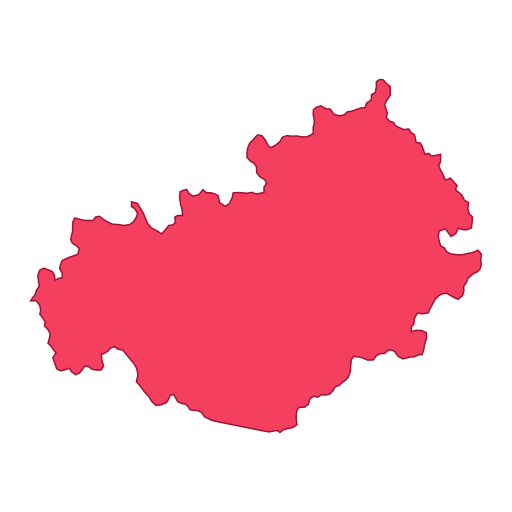 outline of Castelo, Espírito Santo, Brazil
{"feature_id": "56859067B40760004973523", "entity_name": "Castelo", "entity_type": "district", "adm_level": 2, "iso_a3": "BRA", "parent_name": "Brazil", "parent_adm1": "Espírito Santo", "projection": "robinson", "projection_center": [-41.208, -20.538], "detail": "fine", "context": "isolated", "style": "filled", "palette": "rose", "viewbox_px": 512, "rotation_deg": 0, "n_neighbors": 0, "source": "geoboundaries", "source_scale": "gbopen_adm2", "svg_char_len": 4352}
<svg xmlns="http://www.w3.org/2000/svg" viewBox="0 0 512 512"><path d="M75.6,374.7L79.5,373.1L82.0,370.0L84.7,366.1L88.3,366.5L92.3,369.4L97.7,370.2L101.3,369.9L103.6,365.9L101.8,359.9L101.3,354.6L105.0,352.9L108.0,351.0L110.7,348.0L114.6,346.7L118.0,349.2L122.7,350.1L126.9,355.0L130.9,360.1L134.1,363.6L136.7,368.5L138.0,374.9L136.4,381.5L139.4,385.2L141.8,388.1L144.2,391.6L148.4,396.1L152.4,402.2L156.2,405.5L161.1,404.8L166.4,402.7L168.5,399.3L169.9,395.7L173.4,394.3L175.7,398.0L177.7,401.7L181.8,403.5L185.2,404.1L188.0,406.4L190.0,409.7L193.6,410.3L197.2,410.5L201.4,412.2L204.6,416.9L208.2,418.5L211.4,420.2L215.0,421.2L262.2,430.7L268.8,431.9L272.4,431.3L276.8,430.4L280.0,432.4L283.3,429.8L287.1,428.7L292.9,427.5L296.9,424.7L296.2,419.1L296.2,414.4L297.3,409.5L299.8,407.2L304.6,407.2L308.5,404.1L309.8,399.0L313.3,396.3L317.9,397.2L321.2,394.7L324.6,395.1L329.6,394.2L333.1,390.6L335.2,386.7L339.0,385.6L342.2,382.4L345.2,380.5L348.4,377.1L350.4,371.0L350.8,364.2L351.3,359.7L353.6,356.5L358.1,356.9L362.3,357.8L367.7,360.1L373.3,359.9L376.6,355.4L380.6,353.6L384.6,353.5L388.1,350.3L391.6,349.8L394.8,351.7L398.3,356.4L403.0,358.9L406.3,358.1L410.1,357.0L414.4,356.8L418.7,354.8L422.1,354.6L423.6,350.3L424.7,344.1L426.7,337.5L426.1,332.5L421.5,330.5L416.0,330.3L411.4,331.6L411.3,327.1L413.8,324.1L414.5,318.3L417.4,313.0L422.1,313.8L428.4,312.8L429.9,308.9L432.0,305.2L435.1,299.3L438.8,295.6L442.0,293.9L446.7,293.3L450.6,295.5L454.5,297.8L458.1,299.3L462.5,295.7L463.9,291.0L463.6,286.5L466.3,282.6L467.9,278.4L470.9,275.8L474.1,273.1L477.3,271.9L480.0,269.1L481.3,264.9L480.7,259.5L481.3,254.0L477.9,250.2L472.5,252.6L467.2,253.6L463.2,254.5L459.3,254.9L454.5,254.4L450.2,253.8L446.7,251.8L444.3,247.8L440.8,246.0L439.3,241.7L438.3,236.4L439.2,231.0L445.4,228.8L448.3,232.8L451.1,236.5L455.8,233.6L458.4,228.1L462.9,229.7L467.1,229.8L471.3,227.9L472.2,221.9L472.3,216.8L469.3,213.9L467.8,208.6L468.6,202.6L464.4,200.3L461.9,195.0L458.2,191.9L455.4,189.7L457.1,185.7L454.0,182.2L450.4,178.0L445.6,180.2L442.6,173.9L440.5,169.9L438.7,166.2L440.6,161.1L440.6,154.3L435.8,155.3L431.5,156.1L428.9,153.4L424.9,154.3L423.7,150.8L422.4,146.9L420.3,143.0L416.2,142.5L415.3,138.2L414.3,134.5L411.0,132.5L408.7,129.0L403.9,129.6L398.6,127.3L395.5,125.7L393.6,122.4L390.0,121.4L386.3,117.7L387.3,113.1L386.2,109.5L384.5,104.5L386.6,100.8L390.3,95.0L390.2,86.6L386.1,83.2L383.2,79.8L379.5,79.6L376.3,81.7L376.4,86.9L375.2,92.8L371.5,94.5L371.2,100.2L366.6,103.0L365.0,107.6L361.1,107.9L356.4,109.5L351.4,111.3L347.6,111.7L344.2,114.8L339.2,115.9L333.7,114.0L330.2,109.1L325.9,108.8L321.0,105.8L315.9,107.5L313.4,109.9L313.2,114.3L314.2,119.7L314.2,123.8L313.2,127.3L313.2,133.6L306.8,136.9L302.3,136.9L296.9,136.0L292.0,136.2L286.8,135.6L282.3,137.3L279.9,141.7L274.8,145.7L270.4,147.7L267.7,144.8L265.4,140.1L262.0,135.8L257.5,134.9L253.8,138.9L249.7,143.2L247.6,148.2L247.0,152.8L247.0,157.5L250.8,161.5L254.2,163.3L256.5,167.1L256.7,172.8L260.2,177.1L264.9,179.6L266.5,183.6L264.0,187.0L264.0,192.3L259.5,193.5L255.4,193.7L251.7,192.3L247.2,193.3L243.5,192.9L238.1,192.5L233.1,192.9L232.2,197.8L229.2,203.7L225.2,206.3L219.7,202.6L218.0,195.4L212.0,192.9L206.5,192.7L202.9,189.7L198.9,194.6L193.2,196.1L188.9,193.5L186.7,189.5L183.4,190.3L180.1,191.7L179.5,197.1L180.6,204.2L182.0,209.4L182.7,215.5L177.7,215.5L174.7,217.2L175.4,221.9L173.3,224.8L168.8,225.4L164.5,230.8L161.7,234.0L157.6,231.2L151.1,227.7L147.4,223.1L145.8,219.1L144.0,214.7L142.2,211.2L139.6,207.1L137.4,203.3L131.5,201.8L131.5,206.7L134.9,208.6L137.6,213.5L136.2,217.4L133.5,221.7L129.6,224.6L123.5,225.5L118.9,224.6L112.3,224.2L107.4,221.7L103.3,219.3L99.4,216.3L95.6,217.0L92.7,220.7L89.0,220.3L85.7,220.5L80.7,219.6L74.7,218.0L72.9,221.8L72.6,227.2L72.6,231.6L71.5,235.3L70.8,239.6L72.2,243.1L76.1,245.6L79.3,248.5L77.7,254.4L72.7,256.1L69.2,257.3L66.0,258.7L62.2,260.6L60.4,264.9L59.7,268.7L62.2,273.1L62.2,277.7L58.5,278.3L54.9,280.5L54.5,275.2L52.2,271.5L47.4,269.5L43.7,268.2L39.6,270.3L37.8,275.6L38.5,281.2L39.4,286.0L36.5,290.2L35.0,294.9L32.6,297.6L30.7,300.9L36.1,300.7L39.7,305.2L40.7,310.4L39.8,314.2L42.8,318.2L45.3,322.1L44.5,325.8L48.0,329.5L50.1,333.6L49.4,338.5L48.0,343.3L50.5,345.5L52.8,348.8L55.9,352.9L52.8,357.8L54.9,363.8L56.9,369.0L60.5,370.8L64.7,369.9L69.3,368.3L71.4,371.6L75.6,374.7Z" fill="#f43f5e" stroke="#9f1239" stroke-width="1.5"/></svg>